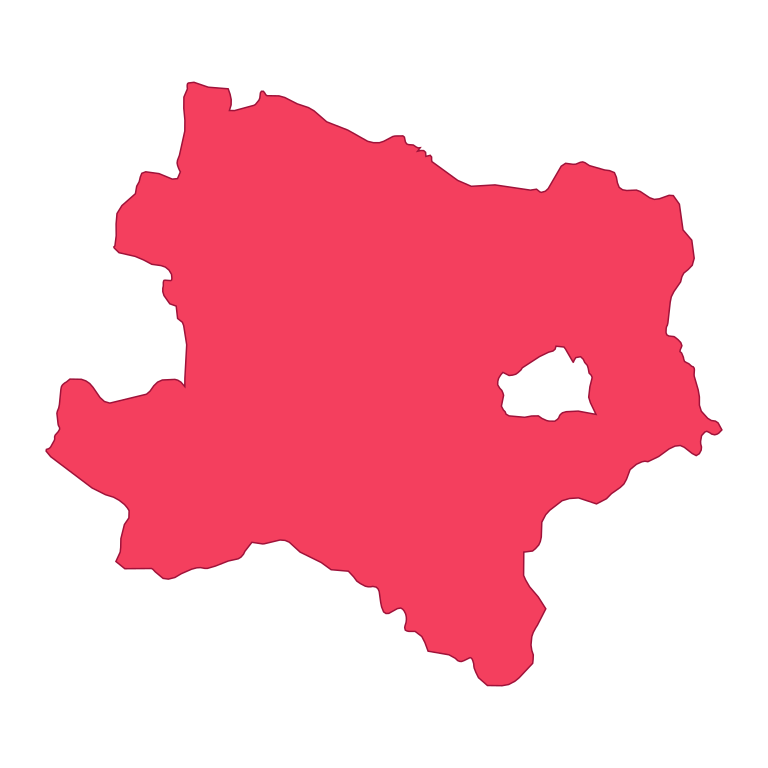 an SVG outline of Niederösterreich
{"feature_id": "AUT-2330", "entity_name": "Niederösterreich", "entity_type": "State", "adm_level": 1, "iso_a3": "AUT", "parent_name": "Austria", "parent_adm1": "", "projection": "mercator", "projection_center": [15.834, 48.226], "detail": "fine", "context": "isolated", "style": "filled", "palette": "rose", "viewbox_px": 768, "rotation_deg": 0, "n_neighbors": 0, "source": "natural_earth", "source_scale": "10m", "svg_char_len": 5502}
<svg xmlns="http://www.w3.org/2000/svg" viewBox="0 0 768 768"><path d="M194.0,82.3L208.3,87.2L228.2,88.8L230.1,94.3L231.2,99.6L231.1,104.9L229.4,110.5L234.5,110.6L254.0,105.3L255.4,104.5L258.9,100.2L259.8,98.1L260.4,92.9L261.4,91.3L263.4,91.3L264.7,92.9L265.8,94.8L267.0,95.7L279.0,95.9L284.8,97.5L297.1,103.8L308.5,107.6L314.0,110.8L326.7,121.8L332.5,124.1L347.8,130.1L367.7,141.3L373.5,142.7L379.4,142.7L383.7,141.3L392.8,136.5L395.1,136.0L402.9,135.9L404.4,137.1L405.4,141.9L406.7,143.9L408.4,144.6L413.3,145.0L416.2,147.0L418.1,147.9L420.2,147.7L417.6,151.2L420.8,150.5L423.7,150.6L425.6,152.3L425.9,156.4L430.2,155.3L431.6,157.0L431.6,159.7L431.9,161.6L457.7,180.4L471.3,186.3L495.0,184.9L530.9,190.2L531.2,190.0L536.5,189.2L539.9,191.9L541.3,192.4L545.4,191.2L548.2,188.6L561.2,166.2L565.6,163.3L573.0,164.3L575.7,164.2L580.3,162.3L582.7,161.9L585.0,162.7L589.4,165.6L604.7,170.0L609.5,170.6L614.4,172.6L616.4,177.3L617.4,182.8L619.2,187.4L622.6,189.8L626.7,190.5L636.4,190.1L640.3,191.5L649.6,197.7L654.3,199.4L659.3,198.8L669.1,195.3L673.3,195.6L679.4,204.2L683.0,229.9L691.8,240.2L694.2,258.3L692.8,263.2L692.3,265.2L688.1,269.6L683.8,273.1L681.9,276.7L680.6,281.9L673.9,291.6L671.3,296.8L670.2,302.3L667.9,322.9L667.3,325.4L666.6,326.5L666.2,328.3L666.0,332.5L666.8,334.8L668.8,336.0L674.0,336.6L675.4,337.5L678.1,339.7L680.8,342.6L681.9,345.7L681.3,347.4L680.3,349.6L679.9,351.6L681.0,352.4L681.7,353.2L682.5,355.1L683.4,357.3L683.7,359.1L684.5,361.4L686.5,362.6L688.8,363.7L691.7,366.3L693.2,366.8L694.2,368.2L694.4,369.9L694.1,374.3L694.2,376.1L698.2,389.9L699.4,396.9L699.4,405.2L701.3,411.2L707.7,418.3L711.3,420.5L715.4,421.1L718.1,422.9L721.9,429.9L718.7,433.2L717.0,434.2L714.7,434.8L711.7,434.1L709.5,432.6L706.8,431.3L704.9,432.0L701.6,435.6L700.6,441.3L700.7,444.0L701.5,447.0L701.2,450.1L699.3,453.7L696.2,455.6L692.2,453.5L684.3,447.3L680.3,445.5L675.0,446.1L669.1,448.9L658.7,456.5L647.9,461.7L644.9,461.2L641.9,461.8L636.4,464.3L630.1,469.6L626.5,479.3L623.9,484.0L620.3,487.4L611.5,493.6L606.5,498.7L596.5,503.9L578.5,497.9L569.5,498.5L562.1,500.7L549.7,510.3L545.7,514.7L541.8,522.2L541.3,537.0L540.3,541.5L538.8,544.9L535.6,548.5L532.6,551.0L523.8,552.1L523.6,575.4L525.7,580.1L529.6,586.8L538.3,597.0L545.8,608.8L537.4,625.2L535.8,627.7L533.3,632.3L531.8,636.6L531.0,645.0L531.8,650.4L533.3,654.9L533.1,659.5L532.7,663.3L519.2,677.7L515.1,681.1L508.7,684.5L502.1,685.7L487.4,685.5L478.5,677.7L475.8,672.2L474.2,668.1L473.9,666.4L473.7,663.8L472.9,661.0L472.2,659.2L471.3,658.1L470.1,657.6L464.0,660.6L461.5,661.5L459.7,661.4L457.7,660.6L455.3,658.3L449.0,654.8L428.1,651.2L424.9,642.5L421.8,636.5L415.1,631.4L408.9,631.4L407.0,631.0L405.3,630.1L404.7,627.6L405.0,625.9L406.1,622.3L406.4,619.5L406.3,617.0L405.9,614.9L405.5,613.6L404.0,610.7L402.6,609.1L400.7,608.0L397.4,608.6L388.8,613.4L386.0,613.5L383.6,611.9L381.6,606.9L380.7,602.5L379.2,591.5L378.0,588.8L376.2,587.1L372.8,586.4L370.7,586.8L368.2,586.8L365.3,586.2L360.4,583.6L356.8,581.1L353.7,576.9L348.4,571.2L331.1,569.7L321.2,562.5L300.1,552.1L289.3,542.2L285.1,540.4L280.0,540.0L264.2,543.8L262.5,543.9L251.9,542.3L244.9,551.3L243.5,554.2L241.0,557.1L238.2,558.8L228.3,561.0L215.3,566.1L207.4,568.4L204.9,568.4L200.6,567.6L196.8,567.8L191.6,569.2L181.3,573.7L174.9,577.5L168.4,579.1L163.1,578.4L155.3,571.9L152.9,569.3L151.5,568.5L124.8,568.7L115.9,561.5L120.2,552.1L120.7,547.5L120.9,538.6L124.4,524.5L128.9,517.9L129.1,510.7L127.3,507.8L124.5,504.5L119.2,500.3L113.6,497.2L105.5,494.7L92.1,488.0L50.7,456.7L46.1,451.1L46.4,449.4L48.4,448.8L49.6,448.1L50.7,446.9L54.4,440.2L54.7,438.9L54.6,436.9L54.9,435.9L55.2,435.1L58.2,431.7L59.6,429.3L59.6,427.9L59.2,426.8L58.5,425.7L58.1,424.2L56.9,413.3L57.4,411.1L58.7,408.0L59.4,404.6L60.9,389.3L61.4,386.8L61.8,386.0L62.2,385.3L63.0,384.4L64.8,382.9L66.4,382.0L69.9,379.1L81.4,379.3L85.9,380.9L89.7,383.5L93.0,387.3L100.0,397.5L104.4,401.5L109.8,403.1L146.5,394.2L150.0,391.2L153.8,385.8L157.6,382.1L162.3,380.0L174.9,379.4L177.8,380.2L180.9,382.1L184.8,386.6L184.9,378.1L186.7,344.8L183.7,325.7L182.4,322.3L177.6,318.5L176.2,306.1L169.8,303.8L164.0,295.6L162.8,291.7L162.8,288.3L163.3,286.0L163.3,282.5L163.6,281.1L164.0,280.4L165.0,280.2L170.8,280.6L171.6,280.0L171.9,278.4L171.5,274.3L169.0,270.1L165.4,267.1L161.1,265.6L151.8,264.3L143.5,259.9L135.2,256.4L119.0,252.7L114.4,248.2L113.8,247.0L114.9,245.9L116.2,235.8L116.1,223.9L117.0,213.5L121.9,205.6L135.4,193.7L136.7,186.2L139.2,181.7L140.3,177.0L141.8,173.3L145.7,171.8L159.0,173.6L172.3,179.1L177.5,178.6L180.4,171.8L179.9,171.1L178.7,168.5L177.6,165.5L177.1,163.0L177.5,160.3L179.4,155.4L184.8,131.0L184.9,120.2L183.8,108.3L183.9,97.1L187.4,88.9L187.2,86.8L187.2,85.0L187.6,83.6L188.4,83.0L194.0,82.3ZM573.2,362.2L572.5,361.2L565.4,348.9L563.9,347.0L556.0,346.2L555.1,349.2L553.0,351.0L548.6,352.2L539.5,356.6L522.3,367.8L520.9,370.0L517.9,372.7L515.8,374.2L512.6,375.1L509.1,375.5L502.9,372.4L501.0,374.5L499.3,377.1L498.6,378.4L497.8,381.3L497.7,384.8L499.8,388.3L501.8,390.4L502.9,392.9L503.6,395.3L501.4,406.2L503.4,410.0L505.1,411.7L506.1,414.2L509.1,415.9L524.7,417.3L531.6,416.0L538.4,415.9L541.9,418.4L546.5,420.5L549.0,421.1L554.7,421.2L557.4,419.4L558.7,417.9L559.5,415.9L560.3,414.6L562.4,412.8L566.2,411.7L578.2,411.1L596.0,414.4L590.4,402.7L588.7,397.2L589.9,386.7L591.9,378.7L592.1,377.5L591.8,376.5L591.1,375.1L589.1,373.1L588.2,368.2L587.3,365.4L584.7,362.4L583.3,359.3L580.6,356.7L575.8,357.6L574.1,360.4L573.4,362.1L573.2,362.2Z" fill="#f43f5e" stroke="#9f1239" stroke-width="1.5"/></svg>